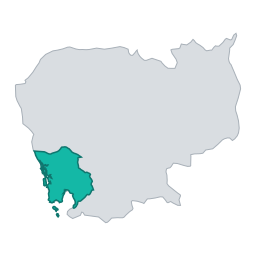 location of Kaôh Kong within Cambodia
{"feature_id": "KHM-1779", "entity_name": "Kaôh Kong", "entity_type": "Province", "adm_level": 1, "iso_a3": "KHM", "parent_name": "Cambodia", "parent_adm1": "", "projection": "orthographic", "projection_center": [103.349, 11.344], "detail": "fine", "context": "in_parent", "style": "filled", "palette": "teal", "viewbox_px": 256, "rotation_deg": 0, "n_neighbors": 0, "source": "natural_earth", "source_scale": "10m", "svg_char_len": 7981}
<svg xmlns="http://www.w3.org/2000/svg" viewBox="0 0 256 256"><path d="M236.0,33.3L236.7,35.7L235.0,40.3L233.2,44.5L229.7,48.1L229.6,50.8L228.5,58.7L229.0,61.3L229.9,63.4L231.0,64.6L234.3,72.3L237.2,79.3L240.1,85.1L240.6,88.8L238.2,98.1L235.4,106.7L235.7,110.9L237.1,115.2L238.5,120.9L239.2,128.1L238.5,132.9L237.2,135.9L234.7,138.9L232.4,140.5L229.7,138.0L227.5,137.9L224.6,138.7L222.4,139.9L217.8,144.4L212.7,148.8L205.7,150.0L202.9,153.2L200.0,153.7L194.3,153.9L190.7,154.7L190.9,156.3L190.7,163.9L190.7,165.7L190.2,166.2L187.6,166.4L183.3,165.3L177.4,163.5L173.3,163.2L171.2,166.5L169.9,167.8L168.3,168.1L166.7,168.7L166.2,170.1L166.0,172.0L166.9,175.1L167.2,180.2L167.0,183.6L168.6,185.8L177.6,193.0L180.2,194.8L180.5,195.8L179.0,199.8L180.5,205.4L177.7,205.3L173.0,203.0L170.7,201.5L168.0,202.7L167.1,202.5L165.2,199.8L162.8,197.0L160.3,196.8L155.1,198.0L149.8,198.8L147.8,198.8L147.0,199.3L143.9,203.5L142.6,202.8L137.2,201.2L132.3,200.6L131.3,201.7L131.9,205.1L133.0,208.4L132.4,209.8L129.7,211.6L126.2,214.8L124.0,217.2L122.5,217.8L117.0,217.7L111.6,218.1L109.5,220.4L107.5,222.2L105.7,222.7L98.6,217.0L84.6,215.1L83.1,212.6L81.7,212.1L80.4,215.3L72.7,218.5L69.5,216.6L67.1,214.3L67.5,211.5L69.7,209.2L73.5,207.5L75.3,201.8L72.4,194.4L69.8,192.2L67.1,190.5L64.3,193.3L61.9,198.0L59.4,200.4L55.9,200.9L50.8,200.8L48.8,193.7L48.1,187.7L48.9,180.8L49.6,176.8L44.7,171.1L44.4,165.8L42.1,163.0L41.4,164.4L41.4,166.0L40.7,164.8L33.0,149.1L31.7,141.9L33.0,136.3L33.8,134.4L31.6,131.4L28.5,128.1L22.9,123.7L22.5,116.7L21.3,108.5L19.7,105.8L17.1,100.7L15.8,96.6L15.4,85.5L16.1,84.6L20.0,84.3L25.1,83.5L25.9,81.8L25.0,80.3L28.2,77.8L32.8,72.3L36.4,66.6L39.0,63.0L40.5,59.4L45.7,54.4L52.9,50.9L57.7,50.1L62.8,48.9L67.6,47.2L69.9,47.0L75.9,49.0L79.2,49.6L82.6,49.5L86.1,49.7L89.2,49.5L96.6,48.1L104.4,49.2L111.4,48.2L120.0,46.6L124.2,47.6L128.1,49.2L128.7,52.6L129.6,54.1L130.9,55.3L132.6,55.3L134.8,52.9L136.6,50.5L137.2,50.0L137.3,51.2L138.2,53.8L139.9,56.4L141.5,58.1L144.3,60.3L146.2,60.4L152.0,58.3L160.9,61.3L162.0,62.9L164.9,66.0L168.0,68.3L174.9,68.4L177.3,62.7L176.1,59.3L172.1,53.4L170.9,49.9L172.2,49.3L178.8,48.6L179.9,47.9L181.3,44.0L183.1,44.4L186.8,44.9L190.7,42.2L193.0,39.4L194.3,40.6L195.7,42.6L197.2,43.7L200.0,45.3L203.1,47.6L205.1,49.9L206.6,50.8L210.6,50.1L211.7,50.2L213.9,47.3L215.5,45.8L216.9,46.2L218.9,46.2L222.9,42.5L225.2,39.3L226.5,38.4L230.2,39.9L231.7,39.6L233.7,35.1L236.0,33.3ZM46.2,184.5L45.4,184.9L44.7,184.9L43.9,184.2L44.0,181.7L44.6,180.2L45.8,179.9L46.2,184.5ZM57.9,209.3L56.3,211.0L53.8,207.5L53.8,206.5L57.9,209.3Z" fill="#d9dde1" stroke="#a8b0b8" stroke-width="1"/><path d="M40.5,168.6L41.2,167.6L41.0,165.1L40.6,163.4L39.3,161.5L37.5,159.0L35.6,155.2L35.1,153.0L34.5,151.5L34.2,151.1L34.9,151.1L44.3,151.8L46.0,152.5L46.9,153.0L47.9,153.5L49.0,153.9L49.8,154.0L50.5,154.0L51.0,153.9L52.2,153.2L52.9,153.0L56.9,151.8L58.6,150.9L59.4,150.1L60.7,148.6L61.2,147.7L61.6,147.3L61.9,147.1L63.1,147.1L64.3,146.9L65.3,146.9L66.5,147.2L66.8,147.4L67.1,147.6L67.6,148.0L67.9,148.2L68.9,148.7L69.0,148.7L70.7,150.5L71.5,151.5L71.8,151.9L72.2,152.2L73.1,152.7L73.8,153.1L75.0,153.5L75.7,153.7L76.4,154.0L76.6,154.1L77.9,154.7L78.3,155.0L79.2,155.7L80.8,156.7L81.3,157.1L78.3,157.6L78.1,157.7L78.0,157.8L77.9,158.0L77.9,158.3L77.9,158.6L77.9,158.9L78.0,159.2L78.1,159.6L78.0,160.2L77.8,161.0L77.7,161.6L77.6,162.0L77.7,162.9L78.5,166.0L78.5,166.4L78.5,167.1L78.5,167.5L78.6,167.8L78.7,168.0L78.9,168.2L79.0,168.3L79.4,168.4L79.8,168.5L80.6,169.4L83.7,171.3L84.1,171.7L84.4,172.2L84.6,172.4L85.3,172.6L85.5,172.5L86.0,172.4L86.3,172.3L86.8,172.3L87.6,172.5L88.3,173.0L89.5,173.4L90.3,174.2L90.4,174.4L90.4,174.7L89.9,175.4L89.6,175.9L89.6,176.3L89.7,176.6L90.3,177.9L90.5,178.2L91.1,178.8L91.4,179.3L92.0,180.4L92.2,181.1L92.3,181.5L92.2,181.7L92.1,181.9L91.8,182.2L91.6,182.6L91.4,183.0L91.2,184.1L91.2,184.5L91.2,184.8L91.4,185.1L91.5,185.2L91.8,185.6L92.1,186.0L93.5,189.9L92.0,190.2L91.8,190.3L91.6,190.5L91.3,191.5L90.1,193.8L89.4,194.5L89.2,194.7L88.8,194.8L88.4,194.8L88.1,194.7L87.8,194.6L87.5,194.5L87.3,194.5L87.1,194.6L86.7,195.0L84.8,197.4L81.1,200.6L80.4,201.1L80.1,201.2L79.8,201.2L79.5,201.2L78.6,201.2L78.4,201.3L78.1,201.6L77.8,202.3L77.7,202.7L77.6,203.0L77.6,203.6L77.5,203.9L77.5,204.1L77.3,204.4L76.7,205.4L76.4,206.0L76.2,206.4L76.0,206.6L75.0,207.6L73.9,208.2L73.3,207.8L73.2,207.6L73.4,205.7L73.6,205.3L73.9,205.0L74.4,204.8L74.9,204.4L75.3,203.8L75.4,203.3L75.3,201.6L74.7,200.0L73.4,197.8L72.6,195.7L73.3,194.2L72.4,193.5L72.0,193.4L70.7,193.2L70.2,193.0L69.8,192.7L69.3,191.1L68.4,190.3L67.2,189.8L65.9,189.7L66.0,189.8L66.2,190.0L65.6,190.9L65.3,190.9L65.1,190.6L64.9,190.5L64.4,190.3L64.4,190.6L64.6,191.1L64.4,191.8L63.5,193.0L64.4,192.6L64.5,193.1L64.1,193.9L63.0,195.9L62.8,196.7L62.6,197.7L62.2,198.8L62.1,199.3L62.1,199.7L62.3,200.4L62.4,201.0L62.1,201.6L61.5,202.0L60.8,202.2L60.3,202.0L60.1,202.2L59.9,202.4L59.4,202.6L59.0,201.6L58.1,200.9L57.1,200.5L56.2,199.9L54.4,201.0L53.6,201.7L53.8,202.3L53.2,202.3L52.7,202.4L52.3,202.6L52.0,202.9L51.2,202.5L50.2,202.4L49.7,202.2L50.2,201.4L48.9,200.4L48.6,200.2L48.3,199.9L48.5,199.1L48.9,198.4L49.1,198.2L49.0,196.9L48.6,194.6L48.5,193.4L48.6,193.0L48.9,192.6L49.2,192.0L49.3,191.2L49.3,190.4L49.1,189.9L48.5,188.8L48.4,188.4L48.3,188.1L48.2,187.7L48.0,187.4L47.8,187.3L46.9,187.3L46.7,187.3L46.8,186.8L47.3,186.5L47.6,186.2L47.3,185.8L47.3,185.5L47.6,185.0L48.8,183.8L50.0,183.1L50.6,183.7L50.8,183.7L50.8,183.0L50.4,181.9L50.3,181.3L49.6,181.5L49.4,181.7L49.1,181.9L48.5,181.4L48.4,180.9L48.4,180.3L48.2,179.5L47.9,178.8L47.3,177.9L47.0,177.3L47.4,177.5L47.5,177.5L47.6,178.0L47.9,178.0L48.2,177.5L48.6,177.1L49.2,176.9L49.8,176.8L50.4,177.0L51.1,178.1L51.7,178.3L50.4,175.7L50.0,175.3L50.2,174.8L50.3,174.7L50.0,174.7L49.9,174.8L49.7,175.3L49.9,175.6L49.8,176.0L49.5,176.3L49.1,176.5L48.7,176.2L48.2,175.5L47.0,174.9L46.7,173.9L46.7,172.8L46.7,172.0L46.4,172.3L46.6,171.4L46.7,171.0L46.3,171.0L46.1,170.9L45.8,170.4L45.9,172.0L45.8,172.6L45.5,173.2L45.3,173.2L44.8,173.0L44.2,173.1L43.6,173.4L43.2,173.7L42.3,172.5L43.2,172.0L43.4,172.2L44.1,172.9L44.4,172.9L44.2,172.4L43.8,171.8L43.5,171.4L43.5,169.6L44.0,169.1L44.6,169.3L45.3,169.6L46.1,169.6L46.1,169.2L45.6,169.3L45.2,169.2L44.8,168.9L44.6,168.6L44.6,168.3L45.0,168.3L45.0,168.0L44.5,168.2L44.4,168.3L44.1,168.3L44.0,168.0L43.8,167.4L43.5,167.4L43.5,168.3L43.2,168.0L43.2,169.0L42.9,169.0L43.0,167.7L43.2,166.8L43.7,166.1L44.4,165.6L44.8,165.4L45.2,165.4L45.6,165.5L46.0,165.8L46.5,166.0L47.1,165.9L47.6,165.5L47.9,165.0L47.6,165.0L47.3,165.6L46.7,165.6L46.0,165.2L45.6,164.7L45.3,164.7L43.5,165.6L43.3,165.4L43.0,164.8L42.7,164.2L42.6,163.7L42.4,163.3L41.4,162.8L39.9,160.5L39.7,160.5L40.3,162.0L42.4,164.2L42.9,165.6L42.8,166.4L42.3,167.7L42.3,168.3L42.7,170.2L42.7,171.0L42.3,172.0L42.2,171.4L41.8,170.6L41.7,170.0L41.6,169.7L40.8,169.0L40.5,168.6ZM45.8,181.3L46.0,181.8L46.3,182.1L46.3,182.5L46.1,182.8L46.3,183.4L46.3,184.2L46.1,185.0L45.8,185.5L45.2,185.8L44.6,185.8L44.1,185.5L44.4,185.2L43.9,184.7L43.7,183.8L43.8,182.2L43.5,180.3L43.4,179.2L43.8,178.3L43.8,178.5L44.0,178.7L44.0,178.9L44.5,178.5L44.9,178.4L45.3,178.7L45.8,179.8L45.8,180.2L45.8,180.7L45.8,181.3ZM57.0,208.8L57.6,209.0L57.9,209.2L57.9,209.8L57.3,210.0L56.8,210.3L56.4,210.7L56.2,211.3L55.8,211.0L55.6,210.5L55.5,210.0L55.4,209.8L55.4,209.7L54.1,209.2L53.4,208.7L52.9,208.0L52.8,207.4L53.2,206.8L54.1,206.5L54.8,206.7L55.4,207.2L55.9,207.7L56.0,207.9L56.0,208.2L56.2,208.3L56.4,208.4L56.7,208.4L56.9,208.4L57.0,208.8ZM45.5,175.0L45.8,175.4L46.2,176.1L46.4,176.4L46.4,176.8L46.2,177.1L45.7,178.0L45.5,178.3L45.1,178.2L45.1,177.8L45.3,176.8L44.9,176.1L44.3,175.2L44.1,174.4L44.6,173.8L45.4,174.2L45.5,174.4L45.6,174.6L45.6,174.8L45.5,175.0ZM58.6,215.2L58.8,215.4L58.8,215.7L58.6,216.1L58.4,216.5L58.1,216.9L57.7,216.6L56.8,215.3L56.5,214.6L56.7,214.0L57.2,213.7L57.7,213.7L58.0,213.8L58.1,214.1L57.6,214.7L57.6,214.9L57.6,215.1L57.7,215.4L57.9,215.6L58.2,215.7L58.5,215.4L58.6,215.2Z" fill="#14b8a6" stroke="#0f766e" stroke-width="1.5"/></svg>